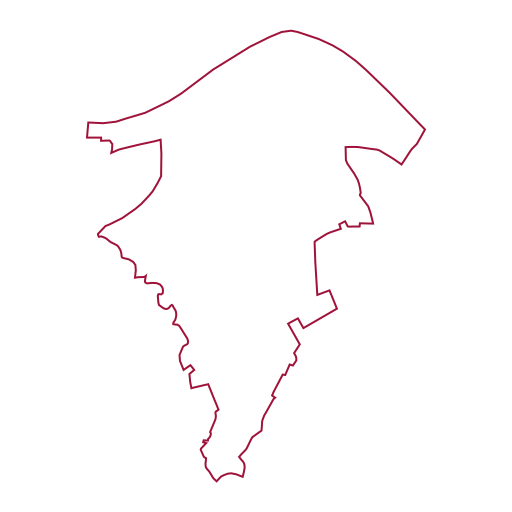 the district of Ngo Quyen, Hải Phòng, Vietnam
{"feature_id": "81297802B18343005733844", "entity_name": "Ngo Quyen", "entity_type": "district", "adm_level": 2, "iso_a3": "VNM", "parent_name": "Vietnam", "parent_adm1": "Hải Phòng", "projection": "robinson", "projection_center": [106.698, 20.853], "detail": "fine", "context": "isolated", "style": "outline", "palette": "rose", "viewbox_px": 512, "rotation_deg": 0, "n_neighbors": 0, "source": "geoboundaries", "source_scale": "gbopen_adm2", "svg_char_len": 3480}
<svg xmlns="http://www.w3.org/2000/svg" viewBox="0 0 512 512"><path d="M242.7,476.8L244.0,471.3L244.6,468.1L244.6,466.3L244.4,464.7L243.9,463.2L243.3,462.0L243.0,461.5L242.6,461.1L241.7,460.2L239.1,456.9L241.1,454.5L245.6,449.9L246.7,448.4L251.1,439.3L252.3,437.2L261.5,430.6L261.8,427.0L262.2,420.9L264.1,415.7L265.8,412.8L273.6,398.9L275.1,397.7L272.1,395.5L273.5,392.1L282.7,374.6L285.2,375.0L289.7,364.5L292.9,365.5L296.3,360.5L296.3,358.0L295.7,356.0L294.1,353.1L299.8,344.4L288.1,323.7L290.9,322.1L297.9,318.4L303.4,328.1L336.9,308.7L335.4,304.9L329.5,290.4L317.3,294.9L315.3,262.2L315.2,259.6L315.2,259.1L314.6,243.0L314.7,241.7L316.2,240.5L318.8,238.8L326.9,233.8L327.8,233.5L327.9,233.4L330.4,232.3L340.8,228.8L339.3,224.3L345.1,221.3L347.5,226.0L347.9,226.5L348.5,226.6L359.6,226.5L359.9,223.3L373.1,223.6L373.0,223.0L370.8,214.0L370.3,212.2L368.6,207.3L368.4,206.8L368.0,206.0L360.1,195.6L359.9,195.2L359.9,194.8L360.1,194.2L360.7,193.1L360.5,191.2L359.8,187.1L359.0,183.7L357.7,179.8L354.2,173.6L347.4,163.7L345.9,160.1L345.6,147.1L350.8,146.9L357.8,147.0L362.8,147.7L372.6,149.1L375.6,149.4L378.1,149.9L379.9,150.7L391.4,157.6L393.9,159.2L395.1,160.0L399.0,162.7L401.5,164.5L401.7,164.2L405.8,158.1L408.1,154.5L410.1,151.4L412.1,148.7L416.8,144.0L425.0,129.5L420.7,125.1L389.6,92.7L366.2,70.1L356.4,61.4L343.1,51.6L332.6,45.4L318.7,39.0L297.7,32.0L291.2,30.7L289.6,30.9L281.6,32.0L269.8,36.9L250.0,46.7L213.2,69.5L181.1,93.6L169.0,101.2L145.2,112.8L125.7,118.6L116.1,121.7L103.1,123.2L88.3,122.5L87.0,137.6L101.1,137.6L101.1,140.8L109.4,140.5L110.3,141.2L111.4,142.9L112.3,144.0L112.1,149.3L111.3,152.9L118.1,149.9L119.5,149.4L120.6,149.1L128.7,147.1L140.0,144.4L154.1,141.4L160.6,139.7L161.4,153.5L161.1,176.2L158.5,181.3L157.5,183.2L152.6,191.4L149.1,195.6L141.3,203.9L135.5,208.8L123.4,217.3L122.3,218.1L120.8,218.8L109.6,224.4L106.9,225.5L105.6,225.9L98.0,233.9L98.0,234.8L98.9,236.8L101.2,236.4L102.0,236.7L104.8,237.7L106.2,238.5L110.5,242.0L116.8,245.2L117.7,245.9L118.8,247.4L120.4,250.0L121.3,253.2L121.7,256.9L122.4,257.7L124.8,258.4L127.5,259.0L129.0,259.4L130.8,260.5L133.3,262.0L135.4,265.0L135.8,270.4L135.1,276.6L135.0,277.7L138.1,277.2L144.0,277.0L144.7,276.8L145.8,275.9L144.9,281.0L145.2,282.4L146.8,283.3L148.1,283.3L151.9,282.9L156.5,283.1L158.5,283.9L159.9,284.4L161.7,286.4L162.7,288.3L163.0,290.9L162.7,293.2L161.4,294.3L160.5,294.3L158.9,294.1L158.1,294.5L157.8,296.1L158.4,302.8L159.0,305.0L160.1,305.8L160.8,306.3L161.4,306.8L164.2,308.6L166.3,309.0L167.7,308.7L169.1,307.7L170.5,305.8L171.9,304.9L172.7,305.6L173.3,306.9L174.4,308.7L175.7,310.9L176.2,313.4L176.2,316.1L175.3,319.7L173.3,322.8L173.3,324.2L175.0,324.5L177.5,324.7L179.3,325.9L181.0,328.5L187.3,338.6L187.9,340.5L188.1,342.0L187.9,343.0L187.3,344.1L186.3,344.7L184.4,345.6L183.4,346.3L182.9,346.9L179.5,355.1L180.0,361.0L183.6,369.9L190.4,365.2L191.0,365.9L193.1,368.5L193.6,369.1L194.2,370.0L189.4,374.0L190.2,381.9L191.4,388.2L193.6,387.6L208.2,384.2L214.5,399.9L216.4,404.4L218.5,409.7L216.1,411.4L215.4,412.3L215.9,416.0L215.5,419.1L213.0,425.2L210.1,432.1L210.8,433.2L210.8,434.3L210.5,435.7L209.5,437.5L208.1,439.0L207.9,440.6L203.7,440.3L203.2,442.2L206.2,443.1L205.5,443.8L204.3,445.1L201.0,448.6L200.7,449.7L203.9,456.9L204.6,457.4L206.1,458.2L205.5,463.7L205.6,465.4L205.7,466.2L205.8,467.0L206.7,468.6L209.3,471.6L213.4,478.3L216.6,481.3L221.0,476.6L224.0,475.1L227.7,473.7L231.3,473.3L236.2,474.3L242.7,476.8Z" fill="none" stroke="#9f1239" stroke-width="2"/></svg>